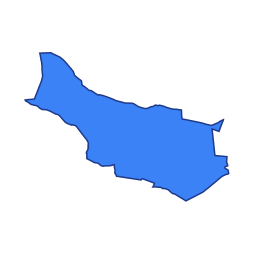 the district of Urziceni, Romania, rotated 7°
{"feature_id": "2599482B49028853764158", "entity_name": "Urziceni", "entity_type": "district", "adm_level": 2, "iso_a3": "ROU", "parent_name": "Romania", "parent_adm1": "", "projection": "equal_earth", "projection_center": [22.375, 47.735], "detail": "fine", "context": "isolated", "style": "filled", "palette": "blue", "viewbox_px": 256, "rotation_deg": 7, "n_neighbors": 0, "source": "geoboundaries", "source_scale": "gbopen_adm2", "svg_char_len": 4688}
<svg xmlns="http://www.w3.org/2000/svg" viewBox="0 0 256 256"><g transform="rotate(7 128 128)"><path d="M221.7,108.1L220.6,108.8L220.1,109.1L219.7,109.4L218.6,110.1L218.1,110.5L217.8,110.8L217.6,111.0L216.6,111.9L216.2,112.1L215.5,112.5L214.4,113.1L211.7,114.7L211.0,115.1L210.5,115.2L210.1,115.3L208.5,115.1L205.2,114.8L203.3,114.5L201.5,114.1L198.2,113.8L194.8,113.5L193.6,113.4L191.1,113.2L188.6,113.0L184.7,112.7L181.8,112.5L180.6,112.4L180.0,110.3L179.6,108.4L179.0,104.4L178.8,103.6L176.0,103.6L174.0,103.5L172.8,103.7L172.0,103.6L169.9,103.8L166.6,103.3L165.1,103.1L163.5,102.8L162.4,102.5L160.6,102.0L156.6,101.5L156.1,101.7L155.5,102.1L152.4,101.9L151.5,102.5L151.2,102.8L150.9,103.1L150.1,103.6L148.6,104.0L147.3,104.6L145.8,105.5L144.9,106.2L142.5,106.6L141.3,106.5L138.5,106.1L135.7,105.5L133.1,104.3L130.7,103.2L129.0,102.9L128.0,103.0L124.7,103.3L121.7,103.6L120.2,103.3L119.0,103.1L115.7,102.7L113.7,102.4L112.8,102.3L111.0,101.7L108.9,101.1L105.5,100.2L104.1,99.9L100.5,99.1L99.0,98.8L96.4,98.6L95.9,98.5L95.1,98.5L94.3,99.0L93.9,98.8L92.1,97.9L91.0,97.5L90.3,97.0L87.0,95.4L84.5,95.3L82.2,93.7L79.8,92.3L77.3,91.0L77.2,90.6L76.9,90.0L76.6,88.9L76.4,88.1L75.9,86.7L74.7,86.1L73.2,85.2L72.1,84.6L68.7,82.4L67.6,80.3L66.9,78.7L65.7,77.5L64.2,76.0L61.5,73.7L59.9,72.0L58.0,70.4L56.4,69.0L55.0,68.0L52.1,66.1L49.2,65.1L44.7,63.6L42.3,62.7L39.9,63.1L36.6,63.6L34.0,64.0L31.3,64.5L31.5,64.9L31.9,66.0L32.2,67.0L32.8,68.9L33.6,71.5L34.4,73.7L34.6,75.1L35.1,76.8L35.4,79.5L35.6,80.9L36.1,82.8L36.4,84.6L37.0,86.8L36.8,88.5L36.4,91.7L36.2,92.7L35.5,95.3L35.0,97.3L35.0,97.5L34.7,98.2L34.1,100.9L33.4,103.5L32.9,105.7L32.7,106.1L32.3,107.8L31.7,110.1L31.6,110.6L28.9,111.3L24.7,112.1L22.5,112.8L22.9,113.2L23.2,113.6L23.5,113.8L25.1,114.3L27.1,115.4L29.1,116.5L29.7,116.5L30.0,116.5L31.9,116.8L33.7,116.9L35.3,117.2L35.6,117.3L37.5,118.8L38.0,119.0L39.0,119.5L40.3,120.1L40.5,120.1L43.2,119.9L44.2,119.9L45.3,119.9L47.1,120.4L47.3,120.3L54.6,123.0L55.1,123.0L56.8,123.3L57.5,123.5L58.1,123.8L58.6,124.2L63.3,128.4L64.9,129.8L66.7,130.7L68.2,131.2L70.1,131.6L71.8,132.0L72.0,131.5L75.8,132.1L77.2,133.3L79.8,136.0L82.8,139.1L89.3,145.6L89.3,146.1L90.0,146.8L90.3,147.2L90.4,147.5L90.4,147.9L90.5,148.4L90.5,148.7L90.6,148.9L90.6,149.1L90.5,149.4L90.6,149.5L90.7,149.8L90.6,150.1L90.6,150.6L90.6,150.9L90.7,151.1L90.7,151.3L90.7,151.5L90.9,151.4L91.0,151.5L90.9,151.6L90.8,151.9L90.7,152.1L90.9,152.6L91.0,152.7L91.0,153.1L91.0,153.4L90.7,153.9L90.7,154.3L90.7,154.6L90.5,155.1L90.4,155.2L90.4,155.5L90.0,156.3L89.9,156.6L89.8,156.9L89.7,157.1L89.7,157.3L89.7,157.7L89.8,157.7L89.8,157.8L89.8,158.0L90.0,158.4L90.3,158.5L90.2,158.9L90.3,159.3L90.4,159.9L90.6,160.6L90.7,161.0L90.6,161.4L90.6,161.9L90.7,162.3L90.7,162.5L91.0,162.9L90.9,163.2L91.0,163.5L91.3,163.6L91.6,163.7L92.2,163.9L93.0,164.2L93.4,164.3L94.3,164.6L94.6,164.7L94.9,165.0L95.1,165.0L95.5,165.0L96.1,165.3L96.6,165.5L96.9,165.7L98.0,166.2L98.5,166.3L99.1,166.4L99.6,166.4L100.3,166.5L100.9,166.5L101.0,166.5L102.0,166.5L102.6,166.7L102.9,166.8L104.1,167.6L104.6,167.9L104.8,168.1L105.3,168.4L106.1,168.7L106.7,168.8L107.4,168.9L108.0,168.9L109.9,168.4L110.3,168.3L110.6,168.3L111.4,168.2L112.7,168.0L113.9,167.8L114.5,167.7L115.1,167.5L115.9,167.3L116.7,167.0L117.1,166.8L117.5,166.6L118.2,166.2L118.5,166.1L118.9,166.0L119.1,167.4L119.3,168.9L119.8,169.9L120.0,170.5L120.2,171.1L120.3,172.7L120.4,173.8L120.5,174.4L120.6,174.5L120.7,174.8L121.1,175.0L121.4,175.3L121.6,175.7L122.5,177.3L122.8,177.2L123.7,177.3L124.7,177.3L127.6,177.4L133.8,177.6L138.0,177.7L147.2,178.0L148.3,176.6L148.5,176.6L149.0,176.7L149.4,176.8L157.3,178.6L160.8,179.5L161.0,179.6L160.2,182.9L159.9,183.5L161.0,183.3L162.7,183.1L163.5,183.1L164.8,183.1L166.5,183.0L167.8,182.9L168.1,183.0L169.0,183.5L169.8,183.9L170.1,183.9L171.5,183.6L173.7,184.0L174.9,184.2L175.2,184.3L175.8,184.6L176.5,185.1L177.6,185.9L179.0,186.9L179.8,187.3L180.5,187.6L182.9,188.0L184.2,188.6L193.6,192.9L194.3,193.3L197.1,191.4L201.7,188.3L203.6,187.0L208.6,183.6L210.5,182.2L211.2,181.5L211.9,180.7L214.2,178.4L215.0,177.6L217.8,174.6L218.6,173.7L220.4,171.9L221.5,170.7L223.2,168.8L226.7,165.1L228.7,163.5L230.9,162.2L233.4,161.2L233.5,161.0L233.4,160.6L232.6,157.9L232.4,157.7L232.1,157.4L229.5,156.3L229.1,155.9L228.9,155.5L228.9,154.8L231.5,153.4L231.5,153.0L231.2,152.2L230.6,150.9L230.0,149.8L229.7,144.4L226.2,144.5L225.5,144.5L219.8,144.7L218.7,144.7L217.6,144.7L216.5,139.9L215.6,136.1L214.8,132.6L213.5,127.0L213.1,125.4L212.8,124.1L211.9,120.3L211.6,118.7L212.1,118.8L216.9,119.9L218.0,120.1L218.7,120.3L219.2,118.3L220.4,113.2L221.5,109.1L221.7,108.5L221.7,108.4L221.7,108.2L221.7,108.1Z" fill="#3b82f6" stroke="#1e3a8a" stroke-width="1.5"/></g></svg>